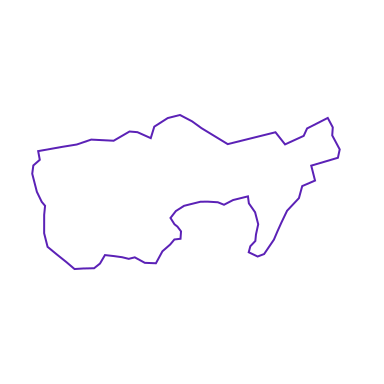 Narpay, Samarkand, Uzbekistan (orthographic projection), rotated 345°
{"feature_id": "79887680B24658662729517", "entity_name": "Narpay", "entity_type": "district", "adm_level": 2, "iso_a3": "UZB", "parent_name": "Uzbekistan", "parent_adm1": "Samarkand", "projection": "orthographic", "projection_center": [65.992, 39.862], "detail": "fine", "context": "isolated", "style": "outline", "palette": "violet", "viewbox_px": 384, "rotation_deg": 345, "n_neighbors": 0, "source": "geoboundaries", "source_scale": "gbopen_adm2", "svg_char_len": 1107}
<svg xmlns="http://www.w3.org/2000/svg" viewBox="0 0 384 384"><g transform="rotate(345 192 192)"><path d="M314.0,197.4L341.8,196.7L345.7,189.1L342.1,173.6L344.7,166.0L342.3,155.6L319.6,160.4L314.4,166.7L294.2,170.1L288.1,155.9L238.9,155.0L217.7,132.8L210.3,123.7L200.3,114.5L187.7,114.3L172.5,119.1L166.1,129.3L154.8,120.1L147.3,117.4L129.6,122.2L108.2,115.3L93.0,116.3L78.3,114.8L54.0,112.7L53.3,121.5L45.6,125.3L42.4,133.0L42.2,151.7L44.3,162.6L46.5,167.3L43.3,175.8L38.5,193.6L38.3,207.6L45.1,217.1L52.6,227.3L58.6,236.0L67.0,237.7L77.7,240.3L84.6,237.3L91.6,230.4L100.0,233.7L107.6,236.9L113.6,240.2L119.8,240.3L128.1,248.2L138.7,251.5L148.1,241.6L157.3,237.1L162.7,233.3L168.8,234.2L171.2,227.2L169.0,221.7L166.7,218.6L164.5,211.5L171.5,206.2L180.7,203.3L187.6,203.4L197.6,203.6L204.4,205.3L214.3,208.6L219.6,212.6L229.6,210.4L244.9,210.7L244.0,217.7L247.7,227.9L247.6,240.3L242.8,249.6L240.5,255.7L234.3,259.5L231.2,264.9L238.7,271.3L245.6,270.6L258.8,259.2L264.2,252.3L270.5,244.6L279.0,234.7L293.7,225.6L300.0,214.8L313.8,212.8L314.0,197.4Z" fill="none" stroke="#5b21b6" stroke-width="2"/></g></svg>